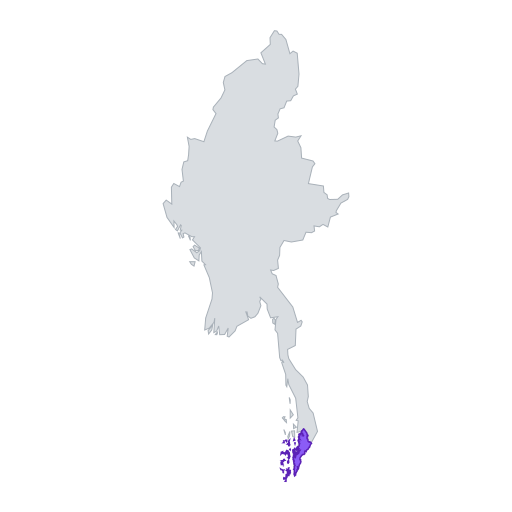 Kawthoung, Tanintharyi, Myanmar shown in context
{"feature_id": "60261553B98033082841224", "entity_name": "Kawthoung", "entity_type": "district", "adm_level": 2, "iso_a3": "MMR", "parent_name": "Myanmar", "parent_adm1": "Tanintharyi", "projection": "robinson", "projection_center": [98.408, 10.778], "detail": "fine", "context": "in_parent", "style": "filled", "palette": "violet", "viewbox_px": 512, "rotation_deg": 0, "n_neighbors": 0, "source": "geoboundaries", "source_scale": "gbopen_adm2", "svg_char_len": 9788}
<svg xmlns="http://www.w3.org/2000/svg" viewBox="0 0 512 512"><path d="M327.8,227.0L323.0,224.4L319.4,226.8L314.0,225.9L314.6,231.0L311.5,232.7L306.0,232.2L302.8,240.0L291.4,242.0L284.0,240.5L279.9,247.5L279.6,255.4L277.6,260.1L278.4,268.4L273.6,270.5L270.6,270.0L272.2,273.8L276.0,275.5L278.3,284.0L277.6,287.3L292.8,307.0L297.5,322.4L301.1,320.3L302.2,321.9L300.8,326.0L296.0,329.1L295.3,345.5L287.6,349.4L287.9,354.9L288.8,358.7L295.6,369.6L303.2,377.1L307.5,385.0L308.3,396.6L307.2,401.5L309.2,408.4L313.1,413.0L317.5,431.4L308.6,447.6L299.5,458.2L298.4,469.5L295.4,473.2L294.1,469.7L293.4,457.9L297.8,450.4L299.2,435.9L302.0,432.9L300.5,431.4L297.0,432.4L298.2,420.8L296.2,420.3L297.9,417.8L295.7,398.3L288.8,384.6L287.8,378.7L286.8,386.7L285.9,385.1L285.7,374.4L281.7,362.6L282.2,361.6L284.0,362.6L282.3,360.0L280.9,360.6L279.7,357.7L277.6,333.3L275.0,329.9L276.0,319.4L277.9,316.7L270.6,317.8L267.2,309.0L267.0,304.1L259.7,296.8L260.9,299.1L259.7,301.5L260.9,305.7L257.9,313.3L254.9,316.8L250.9,318.3L247.8,316.1L247.1,312.0L245.8,311.9L248.6,319.7L236.9,326.3L235.1,330.9L229.0,337.0L227.2,336.2L228.2,328.0L224.6,334.5L219.7,334.7L218.7,326.0L216.7,331.0L213.8,332.6L214.8,318.1L214.0,322.3L209.2,328.1L204.7,330.0L205.7,318.0L212.0,299.0L212.5,292.8L209.3,277.6L203.9,264.9L205.5,264.7L201.9,261.1L201.4,251.6L199.2,255.0L198.9,260.9L194.3,257.9L189.9,249.6L191.7,248.9L196.8,252.8L199.7,250.6L200.5,247.9L192.5,239.9L194.5,236.7L191.9,236.7L185.0,232.9L183.1,233.6L183.9,237.0L182.5,237.9L179.9,232.8L181.8,230.2L180.2,230.1L181.3,225.5L180.6,224.8L177.4,230.9L175.5,229.5L177.6,226.4L176.8,224.6L173.9,221.0L174.1,227.5L167.0,217.4L163.1,203.6L166.2,200.1L171.8,204.1L171.4,187.2L173.8,183.5L179.5,186.6L181.1,182.2L183.4,181.1L182.0,169.4L183.8,161.9L187.7,160.7L188.6,154.6L189.1,146.4L187.4,137.2L190.8,139.4L194.7,138.6L203.9,141.7L207.4,131.0L216.0,113.6L212.9,109.6L213.4,107.1L221.0,98.0L224.9,89.9L223.3,82.5L225.0,76.5L231.9,72.7L246.8,60.6L257.9,59.0L262.4,63.7L265.4,64.1L260.9,52.8L270.3,44.4L270.0,37.7L274.4,30.7L276.9,31.0L279.1,34.4L281.6,34.4L285.9,39.5L289.9,53.7L293.1,51.1L297.2,53.2L299.0,74.1L297.9,86.3L295.4,89.1L297.3,94.1L293.4,95.9L290.7,100.7L286.7,101.1L284.0,107.8L280.1,108.8L277.9,114.0L278.4,117.9L275.2,120.2L274.1,127.0L276.9,129.6L277.8,133.3L274.8,140.9L277.3,141.2L288.1,136.1L295.8,137.1L301.0,135.8L297.7,141.0L300.9,147.7L301.6,158.1L313.0,161.0L314.9,163.7L312.4,166.9L308.4,183.6L323.4,186.0L323.9,192.4L327.1,194.8L327.6,198.4L329.6,199.5L337.7,199.3L342.5,194.9L348.6,193.0L348.9,196.7L347.6,199.4L340.9,203.1L336.3,210.8L336.0,212.5L338.1,214.0L330.4,217.1L327.8,227.0ZM194.6,245.1L199.4,248.2L198.4,250.5L195.4,250.7L193.1,246.6L194.6,245.1ZM290.2,409.9L293.3,414.8L290.2,418.1L290.2,409.9ZM194.0,266.1L191.4,264.3L189.7,261.7L195.1,261.7L194.0,266.1ZM294.6,430.8L294.7,437.2L292.7,436.5L291.5,431.1L294.6,430.8ZM211.8,329.9L208.6,334.0L208.1,330.5L212.6,325.4L211.8,329.9ZM274.8,324.3L272.8,323.0L272.6,319.3L274.1,318.3L275.3,320.1L274.8,324.3ZM288.3,438.7L287.8,436.5L289.9,431.4L289.6,435.9L288.3,438.7ZM287.1,450.6L289.8,455.4L289.3,456.3L286.9,452.5L285.3,452.8L287.1,450.6ZM296.4,427.2L293.6,428.6L293.4,424.1L296.4,427.2ZM289.7,472.8L286.1,477.0L286.5,474.7L289.7,472.8ZM179.0,233.4L180.3,238.6L178.0,232.5L179.0,233.4ZM290.2,399.8L290.1,403.8L289.2,397.4L290.2,399.8ZM190.0,237.1L190.4,240.4L188.4,235.7L190.0,237.1ZM286.5,422.6L284.4,420.6L285.1,419.2L286.2,419.5L286.5,422.6ZM285.0,416.8L283.7,419.5L282.3,417.9L283.4,416.7L285.0,416.8ZM285.3,432.5L285.4,434.9L283.8,429.5L285.3,432.5ZM216.8,334.7L215.3,334.6L217.3,332.0L217.5,332.9L216.8,334.7ZM295.0,451.0L293.6,450.6L294.7,448.0L295.0,451.0Z" fill="#d9dde1" stroke="#a8b0b8" stroke-width="1"/><path d="M311.5,443.4L310.6,442.1L309.7,442.3L309.5,441.8L308.6,441.9L307.9,440.9L308.0,439.9L307.7,439.0L307.1,438.7L307.0,437.5L307.1,436.4L307.6,436.6L308.0,435.3L307.2,434.7L306.8,433.0L304.0,429.1L303.5,428.9L302.0,431.1L301.6,431.0L301.3,432.8L302.5,433.3L303.2,435.5L304.2,435.9L303.0,435.6L302.9,436.5L302.8,434.4L301.9,433.3L301.5,433.2L301.2,433.8L300.7,433.8L300.7,434.6L300.0,433.7L298.9,434.3L299.2,435.9L298.6,436.4L298.5,437.3L298.8,437.7L299.3,437.5L299.3,437.2L299.5,437.2L299.3,438.6L299.9,439.4L298.7,439.1L298.1,440.6L298.3,441.1L298.6,440.8L299.0,441.1L298.7,441.2L298.8,442.6L299.4,443.5L299.7,443.3L300.2,443.7L299.6,443.4L299.1,445.9L298.3,446.9L297.8,446.6L297.3,447.0L297.8,448.0L298.3,447.9L298.3,448.4L298.8,448.6L298.3,449.0L298.9,449.3L298.2,449.2L297.9,450.1L300.1,450.2L299.8,450.7L298.6,450.4L299.1,451.2L298.5,451.5L299.1,452.2L298.2,451.8L297.6,452.1L298.8,452.7L298.5,453.5L298.0,453.7L298.4,452.8L297.1,452.0L296.7,452.3L297.7,453.2L296.8,452.5L295.6,453.2L296.0,453.6L296.4,453.2L296.8,453.3L297.0,454.3L296.2,454.3L295.5,457.0L294.9,455.9L294.4,456.2L295.2,457.9L294.6,456.8L293.4,456.1L293.2,457.2L293.4,457.2L293.0,457.6L293.4,458.3L293.1,459.1L293.6,459.2L293.5,460.1L294.0,460.5L293.6,461.0L294.1,461.5L293.8,461.9L293.9,463.2L294.5,463.8L294.2,464.3L295.0,465.3L294.3,466.8L294.5,468.3L293.7,469.3L294.4,470.0L294.3,471.9L294.6,472.2L294.4,472.8L295.2,474.7L297.2,470.3L297.0,469.0L297.4,469.7L298.3,468.8L297.7,468.4L297.7,468.1L297.9,467.7L297.0,466.2L298.0,467.5L297.8,468.4L298.3,468.5L299.4,464.7L300.6,462.9L300.9,461.4L300.4,460.7L300.7,459.9L299.8,459.2L300.1,457.7L301.7,455.4L303.1,454.3L303.9,454.5L304.8,453.7L304.6,451.9L305.1,450.9L306.1,451.6L306.8,449.9L308.2,449.1L308.4,448.2L309.5,447.4L309.4,446.7L310.0,446.1L310.3,444.7L311.5,443.4ZM288.2,451.1L286.7,450.5L285.3,453.2L286.5,452.6L286.9,451.9L287.4,452.4L287.2,452.9L287.6,452.6L288.6,454.1L288.9,453.8L288.6,455.4L289.0,455.8L288.5,456.1L289.0,457.1L288.4,457.5L289.1,457.6L289.9,456.5L289.4,455.5L290.0,455.3L289.5,455.4L289.3,453.5L288.8,453.6L288.2,451.1ZM289.9,472.8L288.7,472.5L288.2,473.4L287.4,473.4L286.7,475.1L286.2,474.9L286.0,477.7L286.3,477.5L286.5,477.9L286.8,477.5L287.1,475.9L288.4,475.5L288.5,475.0L288.9,475.2L289.1,473.7L290.0,473.6L289.9,473.1L289.2,472.9L289.8,472.9L289.9,472.8ZM295.0,451.3L294.7,447.7L294.4,449.4L293.5,450.3L293.9,450.8L293.7,451.3L294.2,451.1L294.1,451.3L294.3,451.6L294.5,450.6L295.0,451.3ZM294.1,452.9L294.0,453.5L294.4,453.9L294.1,454.3L294.5,454.5L294.0,455.1L294.4,455.5L295.0,455.2L295.4,453.6L294.1,452.9ZM287.9,469.4L287.4,469.3L287.7,469.7L287.1,470.6L287.6,471.7L287.4,473.1L287.8,472.0L287.6,471.2L288.4,470.9L288.6,470.1L287.9,470.0L287.9,469.4ZM282.5,451.8L281.3,452.3L281.5,453.3L281.2,453.4L281.1,453.9L281.8,453.2L282.2,453.3L282.5,451.8ZM281.6,462.9L281.7,462.1L281.3,462.8L281.4,464.5L282.3,464.3L281.7,463.9L282.5,463.6L282.1,463.1L282.2,462.5L281.6,462.9ZM284.8,478.1L283.9,477.7L283.7,478.2L283.9,479.1L284.9,478.8L284.8,478.1ZM289.1,443.9L287.9,444.3L288.5,444.5L288.7,445.5L289.7,445.0L289.7,444.6L289.0,444.6L289.1,444.0L289.5,444.1L289.1,443.9ZM289.3,442.0L289.0,442.8L288.0,443.5L288.6,443.9L289.0,443.4L288.9,442.9L289.3,443.1L289.3,442.0ZM284.3,460.4L283.7,459.9L283.6,460.5L282.3,460.7L283.5,461.2L283.6,460.7L284.3,460.4ZM288.6,461.3L287.7,461.5L287.7,462.5L288.6,462.3L288.6,461.3ZM297.8,448.6L297.3,448.7L297.1,449.6L297.6,449.3L297.9,449.8L297.8,448.6ZM285.0,453.1L285.2,452.8L284.2,453.5L284.9,453.6L285.3,454.2L285.4,453.4L285.0,453.1ZM286.7,440.3L285.8,440.2L285.6,440.4L286.5,441.4L286.7,440.3ZM289.4,470.7L289.2,471.3L289.5,471.2L289.6,472.0L290.1,471.9L290.2,471.1L289.7,471.2L289.4,470.7ZM293.3,449.8L292.8,450.0L292.9,451.1L293.4,450.3L293.3,449.8ZM294.7,440.1L294.2,439.0L293.8,440.4L294.7,440.1ZM296.5,448.6L296.2,449.4L296.5,449.8L296.8,449.1L296.5,448.6ZM295.0,443.7L295.2,443.0L294.6,442.4L295.0,443.7ZM301.3,433.5L301.0,432.9L300.5,433.5L301.0,433.7L301.3,433.5ZM295.2,475.3L294.5,475.2L294.6,475.8L295.2,475.3ZM289.3,457.8L288.7,457.7L288.6,458.4L289.1,458.5L289.3,457.8ZM290.1,449.1L289.8,449.5L290.2,449.9L290.3,449.5L290.1,449.1ZM283.1,470.9L283.2,469.8L282.7,471.0L282.9,470.5L283.1,470.9ZM296.6,454.2L296.3,453.6L296.0,454.1L296.6,454.2ZM298.2,450.2L298.1,450.7L298.3,450.9L298.6,450.5L298.2,450.2ZM285.8,481.3L286.0,480.9L285.9,480.6L285.3,481.2L285.8,481.3ZM283.7,441.0L283.6,440.2L283.7,441.0ZM289.1,441.1L288.5,441.4L288.7,441.9L288.9,441.3L289.1,441.1ZM286.9,470.7L286.9,470.0L286.4,470.3L286.9,470.7ZM287.7,453.5L287.3,453.5L287.6,454.4L287.7,453.5ZM284.2,470.4L284.2,469.9L284.1,469.3L284.2,470.4ZM294.6,473.7L294.3,473.3L294.2,473.3L294.2,473.9L294.6,473.7ZM296.5,453.8L296.8,453.4L296.3,453.5L296.5,453.8ZM283.2,466.3L283.5,465.4L283.2,466.3ZM294.0,474.2L293.6,474.5L294.1,474.3L294.0,474.2ZM281.5,462.1L281.8,461.6L281.3,462.0L281.5,462.1ZM288.9,468.0L288.6,468.0L288.7,468.5L288.9,468.0ZM282.5,463.9L282.8,464.0L282.7,463.5L282.5,463.9ZM298.4,451.7L298.2,451.5L297.7,451.7L297.8,451.8L298.4,451.7ZM284.1,453.3L283.9,452.7L283.6,452.7L283.5,452.9L284.1,453.3ZM286.0,479.1L285.7,478.9L286.0,479.4L286.0,479.1ZM288.3,462.9L288.1,462.8L288.1,463.7L288.3,462.9ZM296.8,471.8L296.8,471.5L297.0,471.1L296.7,471.5L296.8,471.8ZM283.4,472.5L283.1,472.0L283.1,472.3L283.4,472.5ZM288.5,461.0L288.4,460.5L288.2,460.8L288.5,461.0ZM284.4,460.2L284.7,460.2L284.5,459.9L284.4,460.2ZM289.2,440.8L289.3,440.4L289.1,440.6L289.2,440.8ZM283.8,441.9L283.6,442.0L283.6,442.3L283.8,441.9ZM298.0,450.5L297.6,450.5L298.0,450.5ZM290.6,471.0L290.3,470.6L290.2,470.7L290.6,471.0ZM288.2,472.9L288.0,472.7L288.0,472.9L288.2,472.9ZM293.9,452.6L293.5,452.7L293.5,453.0L293.9,452.6ZM294.8,453.0L295.0,452.7L294.9,452.6L294.8,453.0ZM289.1,445.7L289.1,445.9L288.9,446.1L289.1,445.9L289.1,445.7ZM281.1,469.3L280.8,469.1L280.9,469.4L281.1,469.3ZM284.0,442.4L283.7,442.6L284.1,442.6L284.0,442.4ZM285.6,460.7L285.4,460.1L285.6,460.7ZM283.4,473.2L283.5,472.9L283.4,472.7L283.4,473.2ZM282.1,470.3L282.0,470.2L281.7,470.2L282.1,470.3Z" fill="#8b5cf6" stroke="#5b21b6" stroke-width="1.5"/></svg>